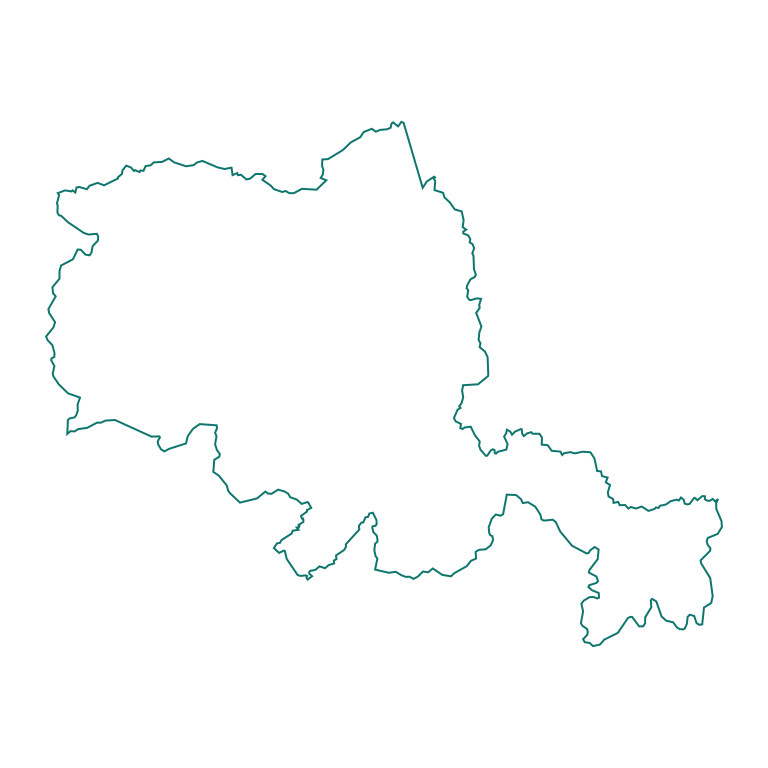 Jopala, Puebla, Mexico (Albers equal-area conic projection)
{"feature_id": "50627088B36485372872762", "entity_name": "Jopala", "entity_type": "district", "adm_level": 2, "iso_a3": "MEX", "parent_name": "Mexico", "parent_adm1": "Puebla", "projection": "albers", "projection_center": [-97.765, 20.202], "detail": "fine", "context": "isolated", "style": "outline", "palette": "teal", "viewbox_px": 768, "rotation_deg": 0, "n_neighbors": 0, "source": "geoboundaries", "source_scale": "gbopen_adm2", "svg_char_len": 6063}
<svg xmlns="http://www.w3.org/2000/svg" viewBox="0 0 768 768"><path d="M593.0,646.1L599.9,644.6L604.3,639.6L617.8,632.9L627.8,618.2L630.2,616.9L632.2,617.0L639.2,626.4L643.2,626.3L645.1,623.3L645.2,617.3L651.3,607.3L650.8,600.5L652.1,598.9L656.3,601.4L661.6,616.5L666.2,620.7L673.1,622.3L677.0,627.5L679.9,629.2L683.7,629.3L684.9,628.3L686.9,623.6L687.6,616.9L689.8,614.7L694.2,616.0L696.6,623.2L699.4,624.8L702.2,624.4L704.0,607.5L711.2,603.0L712.7,596.2L710.2,578.0L701.1,563.3L700.6,560.4L710.2,550.7L710.4,548.3L707.5,544.5L706.7,540.9L707.8,537.9L717.7,533.9L721.9,527.0L721.5,521.1L716.3,508.9L716.2,503.0L718.1,499.0L715.2,501.5L712.7,498.9L709.8,500.8L707.3,500.7L704.9,499.3L704.9,496.3L702.3,496.1L697.4,500.2L694.8,497.8L693.8,498.3L689.6,503.9L687.5,504.4L684.8,503.7L683.6,499.6L681.0,497.5L678.9,500.5L676.7,499.7L670.8,501.1L666.0,504.5L659.9,505.8L658.6,507.9L655.9,507.5L654.5,509.0L648.4,510.9L641.7,506.5L636.1,508.5L630.7,507.0L628.4,508.6L625.1,505.0L619.7,505.2L618.1,501.9L613.6,502.9L613.1,499.0L608.6,496.5L607.8,492.5L610.0,485.0L605.8,482.3L607.6,477.6L602.0,476.1L601.0,471.4L597.2,471.0L594.4,458.3L590.4,452.3L582.9,451.7L574.5,453.4L570.5,452.1L564.1,453.2L562.2,455.0L560.4,451.6L551.7,450.8L547.7,445.2L541.7,444.6L542.0,437.6L539.5,433.8L532.5,433.7L531.2,432.2L527.1,433.4L523.8,436.1L522.2,433.7L521.7,429.2L520.8,429.1L515.2,431.5L512.0,434.7L510.1,431.4L506.9,429.7L506.2,433.3L504.1,436.5L507.6,444.1L506.3,449.6L497.7,451.8L496.1,453.6L494.8,453.3L494.5,450.0L492.8,449.3L490.7,450.5L487.3,455.6L485.8,455.8L480.6,449.9L479.1,445.8L479.7,441.5L474.8,435.0L470.7,426.7L464.9,427.4L462.6,429.0L460.3,428.2L461.0,423.9L455.8,421.5L453.9,418.2L457.6,409.7L460.5,407.9L459.2,406.3L461.4,403.4L463.2,397.4L462.1,390.5L463.1,385.2L478.0,384.3L488.0,376.1L488.3,374.7L487.6,357.2L485.0,351.6L479.6,347.1L480.5,343.3L478.6,340.0L479.3,332.7L481.4,326.5L476.2,312.9L479.7,307.8L479.2,304.8L481.1,298.8L476.7,298.4L470.5,300.2L468.8,299.4L467.2,296.6L468.2,290.3L466.6,288.2L467.4,284.9L470.6,279.2L474.6,277.1L475.9,274.8L474.0,269.3L473.5,255.9L472.3,253.3L474.2,248.2L472.4,244.0L469.7,242.4L470.3,239.1L468.2,235.4L463.3,233.5L463.2,231.7L466.2,229.6L462.7,227.2L463.6,220.2L461.7,211.4L454.7,209.4L450.0,202.6L444.5,197.4L443.1,192.8L434.5,190.1L435.2,181.1L433.9,178.8L435.0,177.4L434.1,176.7L426.9,181.4L422.7,187.8L403.6,122.8L401.4,121.9L398.1,126.4L393.2,122.4L391.5,123.6L390.6,127.8L386.8,129.3L380.1,129.9L375.8,131.7L371.8,128.8L363.7,132.0L360.3,137.2L350.8,142.4L342.9,150.0L328.0,159.1L322.3,159.5L322.1,166.1L323.4,169.7L322.7,174.7L320.7,178.0L326.3,180.3L316.5,189.7L302.0,188.8L293.8,193.2L289.2,193.1L285.7,191.0L282.2,192.0L273.9,189.1L270.6,185.5L262.4,179.8L265.5,176.2L262.7,174.1L255.7,173.9L250.0,178.7L246.4,179.4L241.0,174.8L237.9,175.2L237.2,173.1L232.6,175.1L231.5,167.7L224.6,169.0L217.6,167.4L202.4,160.9L197.0,162.5L193.7,165.1L186.2,166.3L174.2,162.4L168.8,158.5L162.1,161.9L153.8,162.4L150.6,165.3L145.6,166.1L143.5,170.8L140.4,170.5L139.5,172.1L135.1,170.1L134.0,171.0L131.0,167.5L126.3,165.6L122.5,170.4L121.9,174.0L117.9,177.3L117.9,178.5L104.1,185.3L97.6,182.9L89.6,185.7L86.9,189.2L79.3,187.0L76.5,187.5L75.3,192.5L72.5,190.4L71.5,191.4L65.2,190.4L57.8,193.1L59.1,195.2L56.9,203.6L57.7,205.3L57.4,212.6L59.0,215.3L61.3,215.9L67.9,222.2L83.7,232.9L88.5,234.5L96.8,233.8L98.2,236.4L97.9,240.6L92.6,246.2L91.5,252.5L89.7,255.3L85.4,254.6L80.9,249.8L77.7,249.5L72.9,259.3L61.1,265.5L59.5,270.9L59.5,278.7L52.4,287.3L53.1,293.3L55.7,296.3L48.4,309.1L49.2,313.2L55.1,322.2L53.4,327.4L46.1,336.5L47.6,340.2L52.3,345.0L54.5,353.0L54.3,356.9L51.4,358.5L51.2,360.2L54.4,366.1L52.7,373.6L53.5,376.6L59.0,384.6L68.0,393.3L80.0,397.6L77.6,404.4L77.8,410.5L76.1,415.5L74.3,417.5L69.7,418.4L67.9,420.0L67.3,433.9L70.5,431.2L74.6,431.4L78.2,429.1L87.1,427.9L96.9,422.7L100.9,422.7L105.5,420.6L115.0,420.0L151.5,436.6L159.4,436.4L159.9,437.6L157.7,441.4L158.0,444.1L161.0,449.3L164.4,451.4L169.2,448.8L186.0,443.4L187.7,436.3L192.9,428.9L199.7,424.1L216.6,425.3L217.1,428.1L215.1,432.7L216.5,436.3L215.1,444.3L216.8,449.8L219.8,454.0L219.3,456.7L214.3,459.8L213.3,471.9L219.0,475.8L226.9,485.6L228.0,490.4L229.9,493.1L240.0,502.6L257.1,498.4L265.3,491.6L268.2,493.6L271.5,493.8L278.2,489.6L285.0,491.7L288.1,493.6L290.2,497.2L296.8,499.6L301.7,503.9L307.6,502.0L308.8,503.4L311.2,507.9L306.9,510.1L307.0,511.6L301.0,515.9L301.9,518.5L303.2,518.6L303.4,521.9L298.5,524.9L298.5,526.6L299.8,525.2L298.7,527.5L296.8,527.6L298.5,529.8L292.7,530.7L291.6,533.6L281.6,540.0L280.0,542.8L276.9,543.4L273.9,548.1L279.1,552.9L283.8,550.6L284.9,551.1L286.7,558.9L297.6,575.0L300.3,575.9L305.8,575.4L307.1,576.0L306.5,577.7L307.6,579.6L312.1,576.2L309.4,573.8L309.2,572.0L310.3,570.8L315.3,569.9L319.5,566.4L325.1,568.2L328.6,565.1L334.1,563.5L333.8,560.6L336.5,559.1L336.0,555.5L344.2,549.9L346.0,546.7L345.8,544.3L359.3,529.6L358.9,525.9L361.4,522.6L363.3,522.4L365.5,517.3L368.0,516.9L369.4,513.5L372.9,512.8L376.4,519.9L376.7,523.8L375.5,525.8L372.6,526.3L372.3,527.7L373.4,532.2L376.6,535.4L377.5,539.3L377.4,541.7L375.1,543.8L374.3,550.4L375.6,556.1L377.4,558.5L375.1,569.6L388.9,572.8L395.7,571.8L401.4,575.2L405.9,576.9L409.6,576.7L413.4,578.9L417.7,576.7L423.0,571.5L428.1,572.3L432.8,568.5L442.3,574.9L451.0,576.3L454.2,573.2L466.7,566.2L471.0,560.8L476.1,558.5L475.6,552.1L476.9,551.0L479.5,549.7L485.5,549.4L490.7,545.4L493.1,539.9L492.4,536.2L490.2,535.1L489.2,532.9L488.7,527.4L491.7,518.8L495.8,514.5L500.7,515.7L503.1,514.2L506.8,494.6L516.2,495.1L521.0,499.2L522.8,503.1L528.0,502.2L535.2,506.6L540.4,514.6L541.5,519.4L543.9,520.6L552.7,519.7L555.8,522.0L560.2,531.5L572.0,545.7L586.7,553.5L588.9,552.7L590.0,550.5L594.6,547.0L598.6,549.5L597.7,559.1L589.4,570.1L588.9,572.6L596.4,576.5L598.0,581.1L596.4,583.0L589.3,585.1L588.4,587.0L592.1,590.3L598.7,593.0L599.0,597.7L597.1,598.4L593.4,596.9L589.4,597.2L583.8,600.6L581.4,603.7L583.1,611.5L580.9,623.2L582.3,625.7L587.0,628.9L587.8,631.9L587.3,634.7L583.1,639.2L584.7,642.2L589.6,642.9L593.0,646.1Z" fill="none" stroke="#0f766e" stroke-width="2"/></svg>